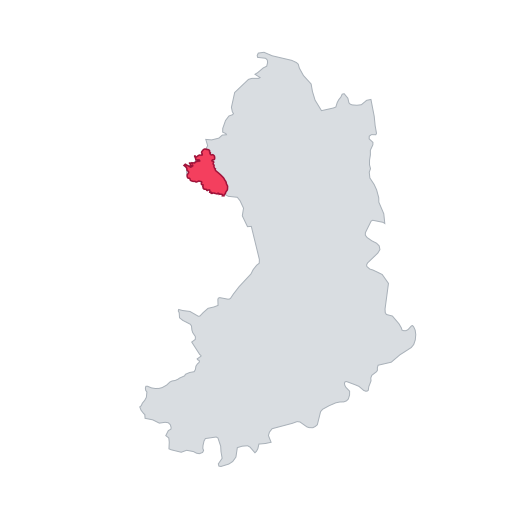 Forecariah, Forécariah, Guinea shown in context, rotated 77°
{"feature_id": "49546643B90846257605457", "entity_name": "Forecariah", "entity_type": "district", "adm_level": 2, "iso_a3": "GIN", "parent_name": "Guinea", "parent_adm1": "Forécariah", "projection": "albers", "projection_center": [-13.107, 9.386], "detail": "fine", "context": "in_parent", "style": "filled", "palette": "rose", "viewbox_px": 512, "rotation_deg": 77, "n_neighbors": 0, "source": "geoboundaries", "source_scale": "gbopen_adm2", "svg_char_len": 7352}
<svg xmlns="http://www.w3.org/2000/svg" viewBox="0 0 512 512"><g transform="rotate(77 256 256)"><path d="M313.7,335.1L309.6,334.6L307.7,335.4L302.3,341.8L299.0,344.4L293.9,343.6L292.1,344.1L290.7,343.4L292.6,339.8L295.2,332.8L301.8,325.7L301.9,324.2L299.2,320.1L296.2,314.5L296.2,308.5L295.6,304.1L289.7,302.9L288.6,302.2L288.4,300.7L291.7,293.2L292.0,291.7L291.5,290.3L287.9,286.5L282.1,279.4L272.3,264.9L268.6,261.8L265.1,257.4L263.8,254.5L260.2,253.5L226.1,253.9L225.5,257.7L213.8,260.3L206.6,257.4L198.6,259.1L194.6,261.0L191.6,269.6L189.9,271.4L188.2,275.2L186.6,277.3L184.9,281.5L181.1,287.5L177.1,291.4L170.2,293.5L168.1,299.8L166.5,302.2L163.9,304.0L161.1,305.2L155.5,304.0L152.4,305.1L151.8,303.5L153.6,298.6L152.2,296.0L146.8,290.8L146.3,288.2L144.7,285.0L137.7,278.3L131.1,278.7L132.9,273.1L132.8,265.7L130.6,261.6L131.2,257.5L130.0,257.8L127.8,260.6L124.2,259.7L117.1,255.2L113.5,250.9L113.1,247.3L112.3,245.9L110.1,246.6L105.6,246.5L91.9,240.0L82.2,223.6L82.0,220.0L83.5,213.6L83.1,211.9L78.7,216.1L77.8,213.3L74.4,206.7L73.5,202.9L70.2,201.2L67.6,200.9L65.5,202.2L62.8,209.8L60.8,209.7L58.8,208.1L59.3,202.4L64.5,195.3L73.4,177.2L76.6,173.1L78.6,171.7L82.7,171.5L90.8,169.2L100.8,163.6L108.4,164.0L117.4,163.4L129.1,159.5L129.2,147.4L128.8,144.7L124.7,142.3L122.3,140.2L120.2,137.5L117.7,135.6L117.7,133.6L122.9,131.0L127.7,131.0L129.3,130.0L130.4,128.3L131.8,123.9L132.3,119.3L129.2,113.2L129.3,108.8L146.5,109.4L155.9,110.6L163.6,111.0L164.8,112.0L163.7,116.2L164.7,118.7L167.3,119.4L171.6,116.5L173.9,117.1L178.7,120.8L183.2,121.8L188.1,123.8L192.7,124.9L196.7,124.8L199.8,126.8L205.6,127.5L212.9,124.8L218.7,123.6L226.9,123.3L231.2,124.2L243.6,122.0L253.3,123.2L251.8,124.6L247.4,134.3L247.9,136.0L257.9,144.2L260.3,144.8L263.0,143.6L267.2,139.8L270.6,135.7L273.8,133.7L277.6,133.8L280.6,136.7L287.8,148.8L289.6,150.3L291.3,150.3L294.4,148.0L295.9,145.3L302.4,137.2L312.5,133.1L336.7,142.2L340.2,142.8L342.3,142.1L345.2,136.6L354.3,131.9L358.6,130.6L361.1,130.4L362.0,128.9L362.5,126.7L361.9,124.4L359.1,120.3L359.0,119.1L360.6,118.3L364.0,117.6L368.5,118.0L373.6,119.7L377.7,122.2L380.1,125.3L384.7,138.1L389.9,148.1L389.9,161.6L392.2,162.9L394.6,163.4L395.8,164.5L398.3,170.0L400.7,171.6L403.5,172.0L408.7,175.5L412.1,176.8L412.6,177.9L412.5,179.4L411.2,181.3L406.2,185.0L403.8,188.3L398.7,196.0L398.6,197.4L399.7,198.4L401.8,198.6L404.1,198.0L408.8,195.2L412.5,196.1L416.1,198.2L417.5,200.4L417.9,203.3L417.1,207.1L417.0,211.3L418.3,218.4L420.3,225.5L422.2,228.1L434.2,234.2L435.4,236.5L436.1,239.2L435.2,242.8L434.0,244.8L427.6,250.5L426.6,253.2L427.2,258.1L427.9,279.1L430.6,282.5L433.7,284.3L440.9,283.2L440.8,289.0L439.9,295.5L444.1,297.5L446.3,299.4L447.5,301.3L440.9,304.8L439.0,306.9L438.2,312.3L438.5,317.3L447.4,320.8L451.0,324.9L452.6,329.3L453.2,337.5L452.4,339.4L450.1,339.5L445.5,334.5L438.6,334.1L433.4,333.2L424.8,334.0L423.4,335.5L422.5,346.4L424.6,348.3L428.8,350.3L431.5,351.1L433.7,350.8L435.4,352.2L435.9,355.7L434.7,358.4L432.5,360.9L429.7,367.3L430.4,373.0L425.7,382.3L424.3,384.2L417.9,382.4L413.7,381.9L410.7,384.3L406.4,380.7L405.6,377.9L404.1,377.3L401.2,377.4L398.7,379.0L397.6,381.9L397.1,387.8L392.4,393.5L389.2,400.6L385.3,400.0L384.5,400.8L380.4,402.7L376.9,403.2L376.0,401.4L373.9,399.9L371.6,396.9L369.0,394.6L364.0,392.9L362.1,393.7L359.8,393.5L358.2,392.6L358.4,391.2L361.0,387.5L362.4,384.1L363.2,380.4L363.1,377.0L361.7,372.1L359.4,368.2L358.9,365.9L359.1,362.7L358.5,359.7L357.8,358.1L356.7,352.5L355.4,351.4L354.6,346.9L354.8,342.2L352.8,340.5L349.8,339.3L348.0,337.4L346.9,335.4L345.8,334.8L344.9,335.0L344.0,336.2L343.0,336.5L341.3,332.2L340.5,332.0L339.3,333.0L325.4,338.0L323.6,333.9L320.9,333.2L316.4,334.9L313.7,335.1Z" fill="#d9dde1" stroke="#a8b0b8" stroke-width="1"/><path d="M140.9,279.9L141.1,280.1L140.9,280.6L140.6,280.9L140.3,281.7L140.2,282.0L140.4,283.0L140.7,283.6L141.4,284.4L141.8,285.0L142.3,285.5L142.7,285.7L143.1,285.8L144.0,285.6L144.1,285.4L144.4,285.4L144.7,285.5L145.4,285.6L145.5,286.1L145.3,286.4L145.4,286.6L145.1,287.9L145.0,288.0L144.9,288.7L145.2,289.4L145.2,289.8L145.7,290.8L146.0,291.6L146.1,292.0L146.0,292.3L145.9,292.5L146.0,292.7L146.8,293.0L147.2,293.0L147.3,292.8L147.5,292.8L148.2,293.0L148.9,292.9L149.0,292.5L149.0,291.9L149.2,291.6L149.1,291.1L149.6,289.7L149.9,289.6L150.7,289.4L150.8,289.7L150.9,290.2L150.6,290.3L150.5,290.5L150.4,291.0L150.7,291.6L150.5,292.0L150.6,292.6L150.7,293.3L150.8,293.4L150.7,293.7L151.5,294.8L151.4,294.9L151.3,295.6L151.2,295.9L151.0,296.6L150.9,297.1L151.0,297.4L151.3,297.4L150.6,298.1L150.9,298.5L151.2,299.0L151.4,299.3L152.4,299.4L152.8,299.5L153.0,299.5L153.2,299.3L153.4,298.8L153.3,298.7L153.4,297.7L153.6,297.3L154.0,297.4L154.1,297.5L154.2,299.0L154.6,298.8L154.7,299.1L154.7,300.0L154.3,300.1L153.8,300.5L153.7,300.9L153.3,301.4L152.8,301.9L152.3,302.3L152.3,302.8L151.7,303.6L151.4,303.5L150.7,304.0L150.7,304.3L150.8,304.6L151.6,305.8L151.9,305.5L152.6,304.9L153.0,304.7L153.2,304.4L153.7,304.1L154.8,303.7L155.4,303.7L156.5,303.9L157.0,303.9L158.0,303.2L158.4,302.9L158.7,302.8L159.3,302.8L159.9,303.1L161.4,304.7L162.3,305.1L163.3,305.2L163.8,305.1L164.3,305.0L164.9,304.6L165.3,303.3L165.7,303.1L166.1,303.0L166.3,303.0L167.0,303.0L167.4,302.9L167.9,302.5L168.5,301.7L168.7,301.3L169.1,300.6L169.5,299.2L169.5,298.8L169.6,298.5L170.4,297.9L170.5,297.5L170.3,295.7L170.1,295.4L170.1,294.9L170.6,293.8L170.8,293.6L171.0,292.9L171.1,292.7L171.5,292.3L172.0,292.3L172.5,292.5L173.3,293.1L173.7,293.1L174.4,292.7L174.6,291.7L174.8,291.6L175.1,291.8L175.7,291.8L176.3,292.2L176.5,292.3L176.9,292.1L177.0,292.0L177.4,292.0L177.8,292.3L178.1,292.2L178.4,291.9L179.0,291.7L179.3,291.5L179.3,291.3L179.3,290.8L179.4,290.7L179.5,290.6L179.7,290.2L179.9,289.7L179.9,289.4L180.0,289.2L181.0,289.2L181.3,288.8L181.3,288.5L181.0,287.9L181.0,287.4L181.0,286.7L181.3,286.3L182.8,286.4L183.2,286.6L183.4,286.7L183.5,286.0L183.6,285.5L183.9,285.3L184.1,285.2L184.5,285.7L184.8,285.6L184.8,285.4L184.8,285.1L185.0,285.0L184.8,284.4L185.1,284.2L184.9,283.8L185.1,283.4L185.2,282.9L185.2,282.7L185.5,282.5L185.6,282.4L185.6,282.0L186.5,280.6L186.5,280.4L186.6,280.2L186.7,279.9L186.8,279.8L186.7,279.4L186.3,279.0L186.2,278.9L186.3,278.6L186.8,278.1L187.0,278.0L187.6,278.1L187.6,277.8L187.4,277.4L187.5,277.1L187.8,276.8L188.1,275.6L188.3,275.2L188.6,274.9L189.4,275.2L189.8,275.3L189.9,274.6L190.2,273.7L189.8,273.5L189.0,273.1L188.4,271.9L188.0,271.6L187.3,271.4L186.0,270.0L185.1,269.0L184.0,268.6L181.8,268.0L181.3,268.0L178.9,268.6L177.6,268.5L176.4,268.7L175.4,269.2L172.9,269.9L172.1,270.3L169.3,272.0L166.6,273.9L164.0,275.9L163.0,276.3L162.2,276.3L161.9,276.0L161.3,276.6L159.4,276.9L158.1,276.4L158.0,276.5L157.1,277.0L155.9,276.9L155.0,276.0L154.2,276.4L153.4,277.6L153.2,277.6L152.6,276.9L152.5,276.5L152.6,275.1L152.4,274.7L151.7,274.3L151.2,274.3L150.9,274.1L150.5,274.1L150.1,274.2L149.7,274.0L149.1,274.1L148.1,274.7L147.5,275.4L147.5,276.7L147.2,277.2L146.6,277.5L146.1,277.8L145.8,277.9L145.6,277.8L145.6,277.4L145.3,277.2L144.9,277.4L144.6,277.7L144.0,277.9L143.3,277.5L142.7,277.6L142.3,277.8L141.6,278.6L141.3,279.5L140.9,279.9ZM145.6,293.1L145.0,292.8L144.8,292.8L144.7,293.2L144.8,293.3L145.0,293.3L145.5,293.4L145.6,293.1ZM150.9,299.8L150.9,299.7L150.7,299.6L151.0,299.2L150.9,299.1L150.7,299.2L150.5,299.5L150.6,299.9L150.9,299.8Z" fill="#f43f5e" stroke="#9f1239" stroke-width="1.5"/></g></svg>